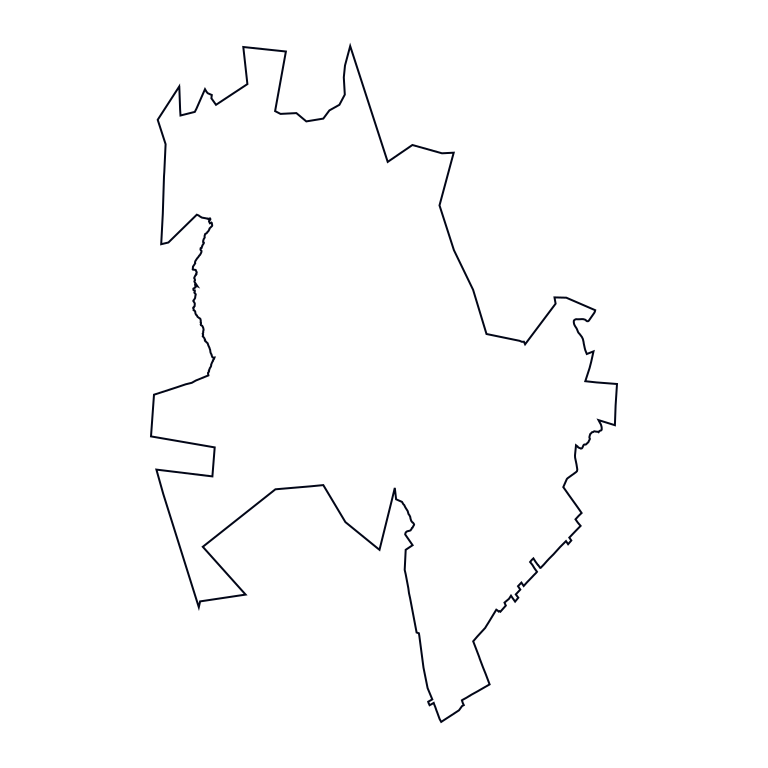 Peñón Blanco, Durango, Mexico
{"feature_id": "50627088B91446374874512", "entity_name": "Peñón Blanco", "entity_type": "district", "adm_level": 2, "iso_a3": "MEX", "parent_name": "Mexico", "parent_adm1": "Durango", "projection": "equal_earth", "projection_center": [-104.068, 24.769], "detail": "fine", "context": "isolated", "style": "outline", "palette": "ink", "viewbox_px": 768, "rotation_deg": 0, "n_neighbors": 0, "source": "geoboundaries", "source_scale": "gbopen_adm2", "svg_char_len": 6112}
<svg xmlns="http://www.w3.org/2000/svg" viewBox="0 0 768 768"><path d="M442.0,153.3L412.4,145.0L387.7,161.9L350.2,46.1L345.0,65.5L343.8,77.4L344.8,94.6L339.4,104.8L329.4,110.4L323.3,118.6L306.3,121.4L296.4,113.1L280.5,113.9L275.1,111.1L285.9,51.5L243.3,47.0L247.4,84.1L216.0,104.8L211.4,98.3L211.8,95.0L207.7,93.2L206.4,91.6L205.0,89.2L196.4,108.8L194.8,111.9L180.5,115.5L180.1,109.3L179.3,86.8L179.1,86.8L179.1,86.7L157.7,119.8L165.6,144.2L164.3,172.0L164.0,176.4L162.8,213.8L161.2,244.2L168.4,242.5L196.8,214.7L198.7,215.5L199.7,216.3L201.9,217.6L206.4,218.4L206.9,218.6L207.4,218.5L208.2,219.1L208.5,218.8L209.0,218.6L210.0,218.4L210.4,219.1L210.3,219.6L210.0,219.8L209.5,220.7L209.1,221.1L209.0,221.4L209.9,223.3L211.3,222.9L211.5,222.7L211.8,223.0L212.2,225.3L212.1,225.9L209.5,228.5L209.4,229.3L208.2,231.4L207.5,231.9L207.0,232.8L206.2,233.5L205.6,233.7L205.1,234.1L204.9,234.9L204.6,235.9L204.6,236.6L204.6,237.0L204.7,237.5L204.2,238.4L203.7,239.1L203.5,239.8L203.2,240.8L203.1,242.0L203.2,242.3L203.4,242.3L203.8,242.5L203.9,242.9L203.3,244.1L202.3,245.5L202.3,245.9L201.9,246.8L201.7,247.7L201.6,248.0L201.4,248.1L200.9,248.0L200.7,248.1L200.5,249.1L200.5,249.7L200.7,250.1L201.4,250.7L201.5,251.1L201.4,252.1L200.9,253.3L200.0,254.9L199.7,255.2L199.4,255.4L198.1,257.3L197.1,258.4L195.3,261.2L195.1,262.0L195.0,262.7L195.2,263.3L193.0,266.6L192.9,267.5L192.9,268.1L192.7,269.4L192.9,269.6L195.5,269.9L195.8,270.1L195.9,270.7L196.5,271.7L196.7,272.6L196.2,273.4L196.5,274.0L195.8,274.7L195.9,275.0L195.7,275.3L195.2,275.7L194.5,277.2L194.3,277.7L194.2,278.0L194.4,278.2L195.0,280.0L194.9,280.5L194.5,281.0L194.4,281.7L197.4,286.2L195.2,285.2L195.5,287.3L194.6,287.9L193.4,288.6L193.4,289.5L193.4,289.9L193.6,290.1L193.9,290.4L194.3,290.5L194.8,290.5L194.8,291.8L194.7,292.2L194.5,292.5L194.4,292.7L195.2,293.7L195.7,294.2L195.7,294.8L195.4,295.7L195.1,298.0L194.3,299.4L194.0,299.9L193.5,300.4L193.3,300.9L193.4,301.2L194.4,302.6L194.8,303.7L194.7,304.9L194.6,306.2L194.1,306.6L194.0,307.1L193.4,307.4L193.2,307.7L193.2,308.2L193.7,309.2L193.6,310.2L194.8,310.9L195.2,311.6L195.4,313.2L195.9,314.5L196.2,314.9L196.9,315.4L197.4,316.6L197.8,317.0L199.0,317.9L200.1,318.6L200.4,319.0L200.7,320.3L200.8,321.3L200.6,322.2L201.0,322.7L201.0,323.5L200.7,324.4L201.0,325.2L202.2,325.8L202.8,326.9L203.3,328.1L203.6,329.9L203.2,331.2L203.2,331.8L203.2,332.7L202.7,333.7L203.1,334.4L202.9,335.0L202.9,335.3L203.1,335.8L202.8,336.4L203.6,337.2L204.3,338.1L204.5,338.9L205.0,339.4L205.1,339.9L204.9,340.5L205.3,340.9L205.3,341.2L205.6,341.5L206.0,341.6L206.3,341.9L206.6,342.4L207.6,343.2L208.5,345.9L208.8,346.3L208.9,346.7L209.4,347.6L209.7,348.8L210.1,349.7L210.5,352.4L211.0,353.7L211.5,354.4L211.7,355.5L212.0,356.2L212.1,356.6L212.5,357.3L213.0,357.6L214.5,357.5L213.8,359.3L212.9,360.3L213.0,360.9L212.3,362.0L211.7,363.3L211.1,364.9L211.2,365.3L211.0,366.2L210.4,367.4L209.8,368.2L209.6,369.0L209.2,369.7L209.2,370.3L208.8,370.9L209.0,371.4L208.4,372.5L208.1,372.7L208.0,373.2L208.4,375.4L195.9,380.5L191.8,382.8L185.7,384.3L176.8,387.3L154.0,394.7L151.0,436.4L214.7,447.4L212.4,476.4L156.4,469.6L163.3,494.1L198.8,607.2L200.1,601.4L245.6,594.6L202.8,546.8L275.4,489.3L310.9,486.3L323.3,485.1L345.4,522.1L377.6,548.3L379.5,549.8L392.0,499.5L394.8,487.9L396.1,499.3L402.0,501.9L403.4,504.3L404.2,505.0L405.3,507.3L407.7,511.1L408.5,514.0L409.4,515.2L410.2,516.8L410.5,518.6L411.2,520.8L412.4,522.4L413.0,522.7L413.6,523.5L414.1,524.4L413.9,525.2L413.3,526.1L412.5,527.7L412.0,527.9L411.5,529.0L410.5,530.4L409.3,530.8L407.6,531.2L406.8,531.5L405.8,532.4L405.4,533.3L405.2,534.5L406.8,536.8L412.6,545.2L405.7,549.8L404.7,569.9L405.7,574.3L408.3,588.0L409.0,593.2L410.1,598.2L416.6,632.5L418.9,633.3L419.3,635.7L423.5,667.7L427.6,688.1L432.3,699.4L428.2,701.7L428.5,702.8L429.6,705.2L431.7,704.1L433.7,702.9L434.2,704.4L435.2,706.8L436.5,710.6L437.1,712.1L439.6,719.0L441.2,721.9L459.0,710.3L462.0,706.1L463.8,705.1L462.9,703.3L461.9,700.3L462.5,699.9L466.0,698.0L471.6,694.6L477.8,691.2L479.5,690.2L489.6,684.4L485.8,674.3L482.9,667.1L479.7,658.6L479.2,657.0L476.3,649.4L473.2,641.3L477.3,636.5L485.2,627.9L486.2,626.2L488.6,622.4L496.3,609.7L497.4,610.4L498.8,611.6L499.5,611.1L499.8,611.2L500.4,611.7L505.8,605.6L504.5,602.6L509.0,598.8L511.0,595.7L512.4,597.8L515.1,601.6L518.3,597.7L515.8,594.4L520.3,589.6L518.0,586.2L521.4,582.6L523.7,586.0L527.0,582.3L532.5,576.6L533.6,575.4L535.9,573.1L537.0,571.8L534.6,568.5L532.4,564.9L530.1,562.0L531.7,560.0L533.4,558.4L535.5,561.7L537.9,565.0L538.1,565.0L540.2,567.9L540.6,567.9L543.9,564.5L546.8,561.2L549.2,558.6L553.6,554.2L560.1,547.0L566.0,541.1L568.1,544.2L571.3,540.5L569.3,537.6L575.9,530.7L580.6,525.9L577.8,522.6L575.5,519.3L578.7,515.8L581.6,513.0L579.2,509.5L575.8,504.7L574.5,502.9L568.7,494.8L563.3,487.1L566.8,479.1L567.5,478.3L576.2,472.0L577.0,471.1L577.3,469.5L576.5,464.4L575.1,457.6L575.0,455.4L576.0,445.3L577.7,446.6L578.0,447.2L579.4,448.0L580.2,448.2L580.9,448.6L581.9,448.3L582.5,447.5L582.9,446.5L583.4,445.4L583.8,444.8L584.4,444.5L585.1,444.6L586.0,444.4L588.4,442.1L588.9,440.9L589.4,440.0L589.9,438.9L589.4,437.6L589.5,436.5L590.2,434.1L591.2,433.2L591.4,432.9L592.1,432.2L593.2,432.0L593.8,431.5L594.4,431.3L595.8,431.6L598.0,431.8L598.6,432.2L599.4,431.1L600.1,430.7L601.3,430.3L601.7,429.5L601.7,428.1L601.6,427.0L601.1,425.1L600.7,424.1L600.1,423.1L598.5,420.1L614.9,425.2L615.6,405.6L617.0,384.0L596.3,382.4L585.3,381.2L589.6,368.0L591.2,361.8L593.5,351.4L586.8,354.0L585.3,350.2L584.8,348.4L583.7,343.2L583.6,342.2L582.9,339.1L581.9,337.0L579.8,334.2L578.6,332.9L578.1,332.1L577.7,331.1L577.0,329.3L576.5,328.3L575.0,326.0L574.3,324.6L574.0,323.6L573.8,322.3L573.8,321.2L573.9,320.7L574.3,320.1L574.7,319.8L575.7,319.3L576.1,319.2L578.4,319.3L582.1,319.1L583.0,319.1L584.1,319.4L585.1,319.7L585.6,320.0L586.4,320.8L587.1,321.2L588.0,321.2L588.4,321.0L588.8,320.7L594.3,312.8L594.6,312.2L594.9,311.5L595.2,310.2L566.3,297.7L554.5,297.4L555.6,303.7L525.1,344.3L523.9,341.7L521.9,341.8L519.5,340.8L486.5,334.0L473.1,289.8L453.9,250.1L439.5,205.4L453.7,152.7L442.0,153.3Z" fill="none" stroke="#020617" stroke-width="2"/></svg>